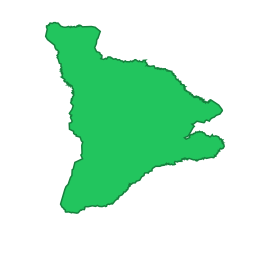 Chum Ta Bong, Nakhon Sawan, Thailand, rotated 10°
{"feature_id": "78962969B50351990269412", "entity_name": "Chum Ta Bong", "entity_type": "district", "adm_level": 2, "iso_a3": "THA", "parent_name": "Thailand", "parent_adm1": "Nakhon Sawan", "projection": "mercator", "projection_center": [99.574, 15.665], "detail": "fine", "context": "isolated", "style": "filled", "palette": "green", "viewbox_px": 256, "rotation_deg": 10, "n_neighbors": 0, "source": "geoboundaries", "source_scale": "gbopen_adm2", "svg_char_len": 5749}
<svg xmlns="http://www.w3.org/2000/svg" viewBox="0 0 256 256"><g transform="rotate(10 128 128)"><path d="M181.9,82.1L179.1,81.7L179.2,81.0L178.7,80.8L177.1,80.7L176.6,79.7L177.0,79.5L176.6,78.9L177.1,78.9L176.6,78.0L177.2,77.5L176.0,77.5L175.7,76.8L176.2,77.1L176.1,76.3L175.5,75.8L173.6,76.0L172.7,75.0L172.2,75.4L171.9,73.8L171.6,74.1L171.0,73.6L171.2,73.0L169.8,73.0L168.8,71.6L168.6,72.1L167.3,71.8L165.9,70.1L166.2,69.2L165.3,68.3L164.1,68.2L163.9,67.4L163.5,67.6L163.4,67.0L162.8,66.9L163.2,66.5L161.8,65.9L161.3,64.6L159.8,64.8L159.2,64.4L158.5,65.0L157.6,64.4L156.7,65.0L156.4,64.0L154.9,64.0L154.5,63.2L152.8,63.5L152.5,64.2L150.9,63.6L150.2,63.7L150.1,64.4L149.2,64.0L149.1,64.5L148.0,63.8L147.9,64.3L146.8,64.7L146.8,63.7L146.3,63.6L144.5,64.6L142.8,62.3L138.7,63.6L137.7,63.2L137.4,63.6L136.0,63.2L136.0,62.6L135.5,62.9L135.7,62.5L135.1,60.8L133.7,60.5L133.5,58.9L132.8,58.6L133.1,58.3L131.2,58.8L130.9,60.3L127.6,60.4L127.4,60.0L126.6,60.8L123.7,59.4L122.6,59.8L121.9,61.0L121.3,60.9L120.6,62.0L119.0,61.6L118.0,62.6L114.8,63.0L113.6,62.4L112.1,64.0L111.1,63.0L109.2,63.1L107.7,62.2L105.9,62.8L104.0,61.9L101.7,62.8L100.3,62.0L99.2,62.0L99.1,61.5L98.4,61.2L96.0,61.5L95.0,63.7L93.9,63.3L92.0,64.7L89.2,64.4L90.0,63.0L89.7,61.0L87.9,60.2L87.0,58.7L83.8,58.3L81.2,54.6L82.2,50.4L81.9,46.4L82.8,44.8L83.9,37.7L78.2,34.5L74.4,34.4L65.5,36.3L63.5,35.2L61.6,36.4L61.6,35.4L59.8,36.7L59.9,37.2L59.3,37.7L58.3,37.9L57.8,37.4L55.1,38.4L54.3,37.9L53.7,39.0L51.9,38.3L49.5,39.5L47.3,39.9L44.1,39.4L40.9,36.8L39.0,37.2L38.3,36.8L36.6,37.1L35.3,38.2L33.0,38.2L32.5,40.2L32.0,40.0L31.2,41.4L30.1,41.6L30.2,42.8L31.3,44.6L31.0,52.1L33.4,54.9L41.3,59.2L42.3,61.7L43.9,63.5L44.8,63.4L46.6,65.1L46.7,65.8L46.2,66.0L46.6,67.1L45.5,68.9L46.5,69.7L46.0,71.0L47.1,71.8L49.2,76.1L51.0,76.6L51.3,79.2L52.0,79.5L52.2,80.3L51.6,81.2L52.3,81.6L51.8,82.1L52.5,82.1L52.5,83.1L51.9,83.6L52.7,83.7L52.5,84.1L53.6,85.0L53.1,85.3L53.9,85.8L53.6,86.1L54.2,86.3L54.0,87.5L54.6,88.8L53.5,89.4L57.4,91.1L56.7,92.6L57.6,93.4L58.4,93.0L59.8,94.4L60.4,93.7L60.9,94.6L61.7,94.4L62.0,95.2L61.0,96.0L62.3,95.9L62.7,96.8L63.5,95.5L64.2,95.9L64.4,96.7L64.8,96.0L65.7,96.4L66.3,98.4L67.3,98.9L67.6,100.1L66.8,100.9L68.1,101.8L66.6,102.8L67.4,103.9L68.4,103.4L68.9,105.3L68.0,107.0L68.2,108.0L67.3,109.0L67.2,109.6L68.1,110.1L67.2,111.3L67.6,111.8L67.2,113.1L70.2,115.5L69.6,119.6L67.7,123.8L69.2,125.1L70.3,125.1L70.3,126.2L69.6,126.6L69.5,127.6L71.6,130.6L71.7,131.5L70.9,132.7L69.3,133.5L70.6,139.4L75.0,140.7L75.5,142.9L77.0,143.6L78.1,143.5L78.3,144.9L82.5,145.3L84.3,148.7L85.9,149.7L85.5,153.2L87.2,161.3L86.3,162.8L88.6,166.2L81.7,171.1L81.2,178.0L80.3,178.8L81.0,184.6L80.0,186.6L78.9,193.8L77.1,196.5L76.5,199.4L74.8,214.7L76.9,217.4L78.7,218.3L79.2,219.2L80.5,219.6L80.8,221.3L81.3,221.6L84.3,220.9L87.2,221.3L87.7,220.8L92.5,220.7L93.7,220.1L95.5,217.1L96.5,217.0L97.0,216.2L99.2,215.9L99.4,214.4L99.0,213.8L99.9,212.8L102.3,212.5L106.4,210.8L109.7,210.8L111.2,209.6L113.3,210.2L116.2,209.9L118.4,208.7L119.5,209.2L120.4,208.8L120.5,207.4L121.8,206.4L123.0,206.5L125.0,205.1L125.4,205.5L125.7,205.0L126.1,205.2L128.2,201.3L130.0,199.7L129.8,199.2L130.5,199.3L130.3,198.7L131.0,198.1L130.7,196.9L133.9,194.7L134.3,193.4L134.8,193.3L135.1,191.6L136.3,191.5L137.6,189.7L137.3,189.2L138.3,188.6L138.6,187.8L138.3,186.6L139.5,185.3L139.1,184.6L139.8,184.6L139.2,183.6L140.0,183.6L139.7,183.0L140.1,183.2L140.4,182.6L141.3,182.7L142.0,181.5L144.8,180.7L145.4,179.0L148.6,177.4L149.9,173.7L152.0,172.0L152.0,170.1L152.4,169.4L154.7,168.7L155.7,169.0L156.6,167.0L159.1,166.0L158.8,164.5L159.4,163.3L161.9,160.9L165.9,160.2L167.1,159.6L167.3,158.8L168.4,158.9L169.0,158.2L169.3,158.6L170.7,158.1L171.3,157.0L172.0,157.3L172.1,156.1L173.3,156.5L173.9,156.1L173.9,156.8L175.1,156.4L175.7,156.9L177.3,156.0L178.1,156.5L179.6,156.2L180.8,155.5L179.8,154.2L180.1,152.8L182.8,152.8L183.1,152.1L185.5,151.7L185.5,151.2L186.1,151.2L185.6,150.8L186.4,151.2L186.3,150.2L187.1,149.7L186.6,149.2L188.6,148.1L188.5,148.7L189.3,148.1L189.5,148.9L190.3,148.0L191.1,148.0L190.9,148.4L191.8,149.0L192.3,148.7L192.3,148.0L193.4,147.3L198.1,148.0L199.3,147.6L200.9,148.5L201.6,148.3L201.5,147.6L202.3,147.9L202.9,146.9L206.3,145.7L206.4,145.0L207.6,144.8L207.9,145.3L208.6,143.9L210.5,144.3L215.1,142.4L217.6,142.3L218.4,140.7L219.0,140.6L218.4,140.0L219.2,140.0L219.9,138.0L220.6,137.6L220.3,136.7L221.4,135.6L221.0,134.5L222.1,134.6L221.8,134.0L222.5,132.1L223.8,132.4L225.2,131.4L225.9,129.5L225.3,127.8L223.8,126.6L224.4,126.2L223.5,126.1L223.9,125.2L222.6,124.7L223.3,123.4L222.3,123.6L221.5,122.6L220.7,123.3L218.8,121.0L215.9,120.5L214.0,121.3L212.7,120.9L212.2,120.0L210.6,122.4L209.8,122.5L208.6,121.7L206.2,121.8L204.1,119.7L202.5,119.6L201.8,118.9L200.3,119.3L198.9,118.9L198.5,119.7L197.4,119.7L196.9,120.4L195.5,120.1L194.8,121.7L193.4,122.1L193.0,123.2L191.7,123.3L190.8,123.9L190.0,125.2L190.4,126.7L187.2,128.9L185.3,127.8L188.8,125.3L192.1,116.1L193.0,114.9L190.4,113.1L191.9,112.6L194.7,109.4L201.9,109.6L202.5,108.9L202.8,107.5L203.9,106.5L206.9,107.1L207.6,105.1L209.4,103.2L211.0,102.4L212.7,100.2L216.1,98.3L217.9,94.6L217.3,93.4L213.4,89.7L204.8,86.0L204.2,86.0L204.5,86.7L204.0,86.9L203.6,86.4L203.8,87.1L203.0,87.2L202.9,87.8L203.5,88.0L202.8,89.1L200.7,88.4L201.4,89.1L200.6,89.0L200.1,89.6L200.0,89.1L199.3,89.2L199.3,88.7L198.2,89.2L198.3,88.6L197.6,88.7L197.9,88.4L197.3,88.1L197.7,88.0L197.8,86.8L195.4,87.4L195.6,86.6L194.5,87.0L194.8,86.1L194.4,86.3L193.7,85.4L193.9,85.9L193.2,85.6L193.2,86.2L192.8,85.6L191.8,85.8L191.7,85.1L190.8,85.5L190.9,85.1L190.0,84.7L189.0,85.2L189.2,86.1L187.9,86.4L187.8,85.7L187.1,85.9L186.9,85.2L185.4,85.0L185.8,84.6L185.5,84.0L184.0,83.7L183.6,82.8L182.9,83.7L181.9,82.1Z" fill="#22c55e" stroke="#15803d" stroke-width="1.5"/></g></svg>